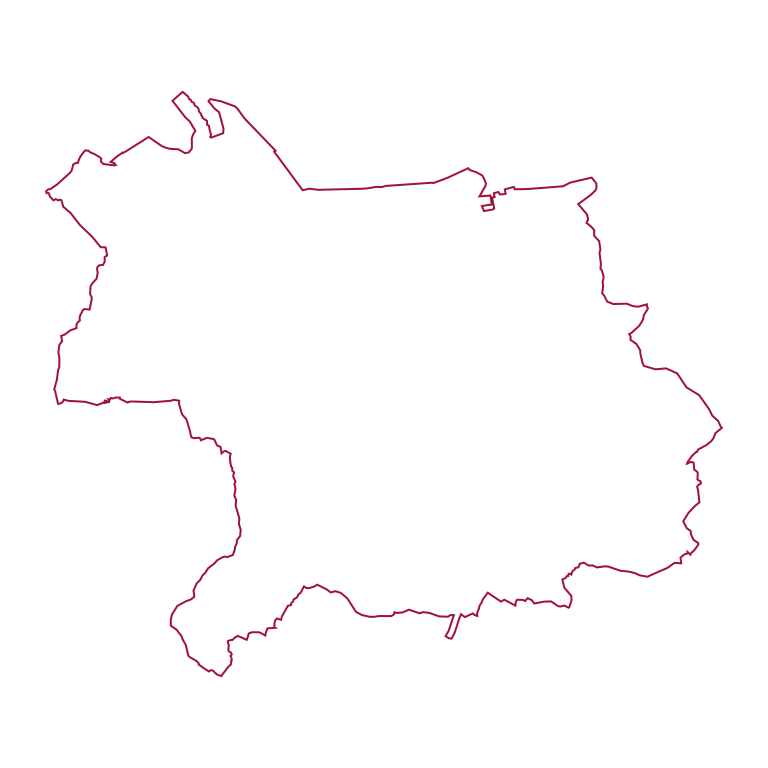 Maldaresti, Vâlcea, Romania
{"feature_id": "2599482B3246342951761", "entity_name": "Maldaresti", "entity_type": "district", "adm_level": 2, "iso_a3": "ROU", "parent_name": "Romania", "parent_adm1": "Vâlcea", "projection": "orthographic", "projection_center": [23.99, 45.113], "detail": "fine", "context": "isolated", "style": "outline", "palette": "rose", "viewbox_px": 768, "rotation_deg": 0, "n_neighbors": 0, "source": "geoboundaries", "source_scale": "gbopen_adm2", "svg_char_len": 6046}
<svg xmlns="http://www.w3.org/2000/svg" viewBox="0 0 768 768"><path d="M356.0,611.9L362.0,615.1L369.4,616.7L373.4,616.9L379.4,616.0L391.2,616.1L393.7,614.7L394.6,612.2L396.7,613.0L402.8,612.4L408.9,609.7L419.6,613.3L423.3,612.1L429.5,613.0L439.2,616.4L448.1,616.7L450.2,615.1L453.9,615.1L448.7,630.7L445.6,636.1L448.9,638.3L451.6,638.6L454.7,632.6L459.3,618.3L461.1,614.2L464.9,617.1L472.9,613.4L474.6,615.0L477.2,615.9L477.0,614.5L477.6,611.5L479.0,608.6L479.5,605.8L481.7,602.4L482.8,599.5L487.7,592.7L501.0,601.6L504.3,599.7L515.3,605.6L515.9,601.8L517.1,599.7L523.5,600.0L525.0,601.1L527.7,598.2L531.8,600.2L534.2,603.5L544.3,601.6L551.1,601.4L558.2,606.2L560.8,606.5L564.1,605.5L568.6,607.7L569.5,606.7L571.5,600.5L571.3,595.9L564.3,587.6L562.4,579.5L565.8,577.9L566.7,576.2L568.2,576.0L568.6,573.8L569.7,573.6L571.3,574.6L572.4,571.2L574.7,569.5L575.3,568.0L578.3,567.3L579.9,563.7L583.9,562.7L588.9,565.6L592.5,565.4L597.0,567.4L605.1,566.3L608.4,566.6L620.6,570.8L628.1,571.5L635.0,573.1L639.6,575.3L647.3,576.7L667.6,567.8L674.4,562.9L681.2,563.3L680.5,557.7L684.0,554.6L687.5,553.4L687.5,551.9L690.4,554.6L690.6,553.6L694.1,550.4L698.4,544.6L698.1,542.9L693.6,540.0L691.0,534.4L690.7,531.0L686.7,528.1L683.2,521.3L688.5,512.8L695.0,505.9L699.4,502.4L698.0,489.7L697.1,486.8L698.0,485.3L700.9,483.5L701.0,482.8L700.5,481.4L697.4,479.5L697.8,473.1L697.0,471.6L694.3,469.7L693.6,462.6L691.0,461.9L687.1,463.6L687.6,462.0L691.9,456.0L695.7,452.3L696.8,452.1L698.2,449.5L706.3,445.1L711.3,441.1L713.4,438.3L715.4,433.2L721.9,427.8L720.8,426.7L718.0,420.8L712.3,415.7L709.0,409.0L699.2,395.2L686.4,387.3L677.2,373.4L666.1,368.4L655.4,369.3L643.9,365.9L642.7,363.4L640.4,353.9L640.2,350.3L636.4,343.9L630.5,339.9L630.6,336.4L629.2,334.1L631.6,332.8L639.2,325.8L641.7,321.9L643.1,319.2L643.8,315.2L648.0,308.5L646.8,306.1L646.9,304.4L638.1,306.7L632.6,306.1L626.9,303.7L613.2,304.0L607.2,301.6L604.2,295.6L602.2,293.5L603.1,286.2L602.6,281.7L603.6,278.1L603.5,276.1L601.8,270.2L600.5,268.9L600.9,263.7L599.5,252.7L600.4,249.4L599.1,241.1L594.1,235.7L594.3,230.2L591.1,226.6L586.5,222.8L588.0,219.9L588.1,218.7L586.9,214.3L578.2,204.1L590.4,195.2L595.4,190.5L596.5,188.0L596.3,183.4L591.7,177.6L570.3,182.6L562.9,186.3L527.9,189.0L514.7,189.3L514.2,187.2L513.4,187.0L504.8,189.4L505.6,193.9L499.9,194.5L498.5,192.0L493.9,193.2L494.6,197.0L492.1,197.5L494.2,208.6L492.5,209.6L483.9,211.0L481.9,206.0L491.8,204.5L490.4,195.5L479.5,196.4L485.6,185.5L485.9,183.6L484.6,179.9L482.9,176.4L481.6,175.1L476.3,172.2L469.9,170.1L468.3,168.2L447.5,177.8L433.4,183.1L432.2,182.7L386.2,185.9L381.9,187.0L375.9,186.9L367.3,188.4L360.6,188.8L318.5,189.8L309.3,188.7L302.6,190.2L274.2,151.7L275.6,150.8L244.4,118.3L237.8,109.1L235.1,106.4L221.0,101.3L210.4,99.1L208.5,101.2L214.4,108.4L219.1,112.3L223.5,128.6L223.2,133.2L211.2,137.6L210.2,136.8L211.1,134.5L209.9,131.0L208.9,125.7L207.1,124.7L207.0,120.9L202.7,118.0L202.4,116.7L201.3,115.4L201.1,113.9L199.0,111.5L198.6,109.0L197.3,107.2L194.7,105.4L193.8,102.7L191.7,101.9L190.9,100.0L189.2,99.2L188.2,96.6L182.6,91.9L172.5,100.8L185.2,117.2L189.7,121.4L195.4,130.9L193.2,134.3L191.8,138.1L191.9,147.5L191.5,149.2L188.6,152.5L184.9,153.1L178.4,149.3L169.6,148.8L165.5,147.6L161.5,145.9L148.6,137.0L126.8,150.8L123.1,153.0L122.7,152.5L116.0,157.2L110.7,161.9L114.7,163.4L115.0,164.8L115.5,165.1L114.2,165.4L103.3,164.0L101.2,161.9L100.9,160.4L101.3,158.7L100.3,157.6L94.6,154.1L90.1,152.3L88.7,150.8L85.1,150.4L80.8,155.8L78.8,159.9L78.0,162.8L75.8,163.0L73.3,164.4L71.7,170.5L69.8,173.0L57.3,184.3L50.5,189.0L48.0,189.5L46.1,191.4L46.6,193.2L48.6,193.1L50.4,197.1L53.4,200.3L55.8,199.1L58.4,200.4L60.1,199.6L61.5,200.3L63.3,206.8L70.6,213.0L79.9,225.0L92.0,236.6L100.7,247.2L105.5,247.3L107.1,254.9L107.0,255.6L104.7,256.9L104.7,261.6L103.0,265.0L99.3,265.2L97.7,266.7L97.0,268.7L97.7,272.8L96.6,278.7L92.6,283.0L90.6,286.1L90.0,293.9L91.6,297.1L91.7,299.1L89.6,309.5L84.2,309.1L83.1,309.8L80.2,315.3L79.6,317.6L79.8,320.6L77.8,322.2L76.4,324.8L76.5,328.1L70.3,330.4L64.8,334.5L61.2,335.9L62.1,341.2L59.3,345.0L58.4,352.3L59.4,357.9L59.3,367.0L58.1,370.2L56.9,379.6L54.2,389.4L55.1,391.1L58.1,403.9L60.9,403.3L63.2,401.3L63.7,399.6L68.7,400.9L85.2,401.8L97.0,405.1L103.9,402.5L105.0,400.5L106.6,401.0L105.6,402.7L109.1,402.0L109.2,400.2L108.4,399.2L110.2,399.3L110.5,398.2L111.3,398.0L112.6,398.5L115.8,397.5L119.9,397.6L119.9,398.8L127.6,402.6L129.2,401.7L132.6,401.5L153.6,402.2L170.5,400.8L174.1,399.8L179.2,400.7L179.0,403.9L182.1,414.5L186.3,419.1L189.9,430.6L191.0,436.4L191.8,437.4L193.9,438.2L198.9,437.7L200.2,438.4L200.8,440.3L207.0,437.8L214.1,439.2L217.0,445.3L220.5,447.0L221.6,453.4L223.6,451.6L225.4,450.9L230.7,453.7L229.9,456.8L230.4,462.9L231.2,466.7L232.1,467.5L232.3,470.8L234.1,472.4L233.2,475.7L233.4,476.9L235.5,481.7L234.4,483.9L235.5,488.9L234.3,495.8L236.2,499.9L235.6,505.6L239.3,518.1L239.0,524.3L240.7,529.9L240.1,536.1L237.1,539.8L236.6,543.6L235.0,547.2L235.0,548.9L232.9,554.9L227.7,557.0L224.8,556.6L222.6,557.2L217.2,560.3L214.3,563.5L208.2,568.2L205.2,572.9L202.6,575.3L200.1,580.1L196.7,583.3L193.5,590.7L194.3,595.3L194.1,597.0L191.0,599.4L185.7,601.4L177.4,605.9L172.0,614.4L170.9,619.1L170.8,625.6L176.6,629.8L181.7,636.4L182.8,639.8L185.8,644.9L188.3,655.6L189.5,657.0L195.9,660.6L198.7,663.1L198.6,664.5L204.6,668.7L209.0,671.5L211.0,670.1L212.9,670.6L216.8,674.4L221.2,676.1L228.2,666.9L230.8,664.5L231.3,662.0L231.0,661.1L231.8,660.2L231.3,657.2L230.5,656.0L231.8,654.4L231.0,652.6L228.8,651.3L228.3,649.5L228.8,644.9L227.9,642.9L227.9,641.1L230.9,639.9L232.3,640.1L234.8,637.6L237.8,635.9L246.7,639.8L248.2,635.9L248.4,634.2L249.3,633.2L252.4,632.2L259.4,632.3L265.3,635.5L265.8,632.8L267.5,628.4L275.3,627.8L274.3,627.1L274.5,623.1L275.2,620.5L276.9,618.5L281.1,619.8L281.9,616.4L288.0,605.7L290.9,605.1L291.3,603.1L293.2,601.3L293.6,599.5L296.9,597.4L298.6,594.2L300.7,592.7L304.0,586.4L306.5,588.1L309.4,588.1L314.3,586.5L317.3,584.7L327.0,589.6L330.8,592.5L335.3,591.2L340.6,592.8L347.2,598.2L356.0,611.9Z" fill="none" stroke="#9f1239" stroke-width="2"/></svg>